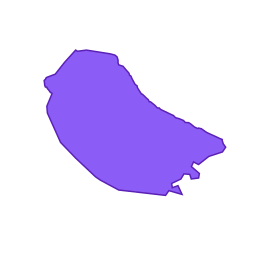 the district of Santa Ana Yareni, Oaxaca, Mexico, rotated 26°
{"feature_id": "50627088B20672774458803", "entity_name": "Santa Ana Yareni", "entity_type": "district", "adm_level": 2, "iso_a3": "MEX", "parent_name": "Mexico", "parent_adm1": "Oaxaca", "projection": "albers", "projection_center": [-96.62, 17.397], "detail": "fine", "context": "isolated", "style": "filled", "palette": "violet", "viewbox_px": 256, "rotation_deg": 26, "n_neighbors": 0, "source": "geoboundaries", "source_scale": "gbopen_adm2", "svg_char_len": 1191}
<svg xmlns="http://www.w3.org/2000/svg" viewBox="0 0 256 256"><g transform="rotate(26 128 128)"><path d="M79.6,69.1L56.5,76.2L48.9,81.2L46.8,80.9L42.2,96.8L39.0,111.5L32.7,118.2L32.3,119.4L32.5,120.3L31.8,122.0L33.5,124.6L34.4,126.1L35.8,127.4L37.1,126.9L38.0,127.8L40.8,129.0L41.8,129.7L42.5,129.7L42.7,130.0L43.4,130.2L44.3,130.0L44.7,130.7L45.5,144.0L49.0,149.9L73.7,170.5L94.2,178.0L120.2,186.1L126.1,187.0L146.9,187.8L191.3,172.1L192.2,166.4L205.7,164.0L198.2,157.9L194.0,162.2L191.5,158.7L197.9,150.7L198.4,144.7L203.9,142.6L207.2,146.1L213.4,142.0L212.1,137.6L201.9,134.9L201.8,129.8L207.4,129.9L213.1,118.1L223.4,108.1L224.2,102.4L220.6,100.5L217.7,97.4L217.7,97.0L214.9,97.2L200.7,97.5L197.2,97.0L194.3,96.5L191.5,97.1L190.8,97.9L187.4,98.0L182.8,96.9L180.2,96.6L177.1,97.9L174.5,96.9L169.7,97.2L166.2,97.9L163.5,96.9L151.2,97.0L149.1,97.0L147.3,96.3L145.5,97.1L142.5,95.9L136.9,94.6L135.6,95.0L133.7,93.6L132.0,93.2L126.1,91.3L125.3,91.6L119.8,88.3L118.5,87.3L117.7,86.1L115.3,85.7L110.1,82.0L107.8,80.0L106.6,80.0L104.5,78.1L101.2,76.8L96.5,74.7L91.9,75.3L90.3,73.5L89.3,71.3L86.9,68.8L84.2,68.2L82.2,68.6L79.6,69.1Z" fill="#8b5cf6" stroke="#5b21b6" stroke-width="1.5"/></g></svg>